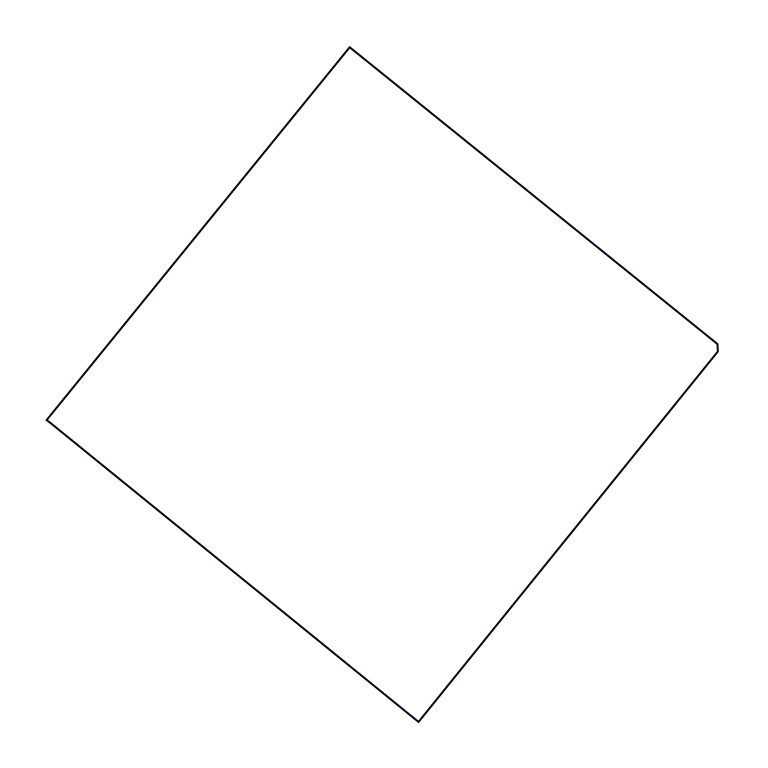 Greeley, Nebraska, United States of America (Albers equal-area conic projection), rotated 39°
{"feature_id": "52423323B21407841844396", "entity_name": "Greeley", "entity_type": "district", "adm_level": 2, "iso_a3": "USA", "parent_name": "United States of America", "parent_adm1": "Nebraska", "projection": "albers", "projection_center": [-98.464, 41.568], "detail": "fine", "context": "isolated", "style": "outline", "palette": "ink", "viewbox_px": 768, "rotation_deg": 39, "n_neighbors": 0, "source": "geoboundaries", "source_scale": "gbopen_adm2", "svg_char_len": 261}
<svg xmlns="http://www.w3.org/2000/svg" viewBox="0 0 768 768"><g transform="rotate(39 384 384)"><path d="M618.0,143.1L145.4,143.9L144.5,624.3L152.1,624.2L623.5,624.9L623.3,504.4L623.0,148.6L618.0,143.1Z" fill="none" stroke="#020617" stroke-width="2"/></g></svg>